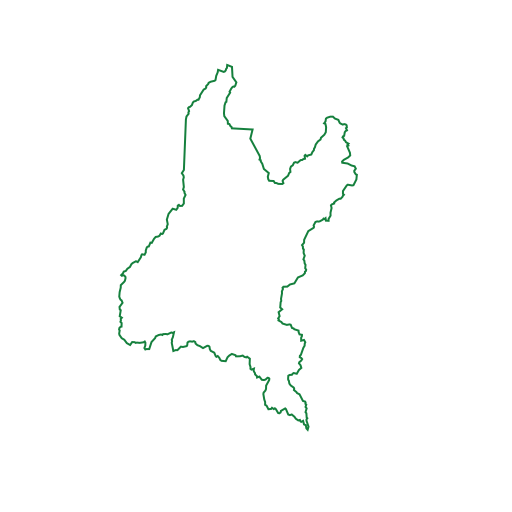 the district of Tauá, Ceará, Brazil, rotated 138°
{"feature_id": "56859067B63965613485254", "entity_name": "Tauá", "entity_type": "district", "adm_level": 2, "iso_a3": "BRA", "parent_name": "Brazil", "parent_adm1": "Ceará", "projection": "orthographic", "projection_center": [-40.274, -5.877], "detail": "fine", "context": "isolated", "style": "outline", "palette": "green", "viewbox_px": 512, "rotation_deg": 138, "n_neighbors": 0, "source": "geoboundaries", "source_scale": "gbopen_adm2", "svg_char_len": 6160}
<svg xmlns="http://www.w3.org/2000/svg" viewBox="0 0 512 512"><g transform="rotate(138 256 256)"><path d="M369.0,332.0L368.9,331.0L367.9,330.8L367.0,329.7L367.0,327.9L367.7,326.9L370.0,325.3L371.4,325.0L376.0,324.8L377.7,323.0L381.5,320.4L384.8,317.3L385.5,315.7L385.9,314.3L385.6,312.9L386.5,310.5L391.5,309.5L393.0,307.4L392.8,306.2L397.6,302.4L397.0,299.9L398.6,299.8L399.5,298.5L400.8,297.8L400.7,296.1L403.2,293.5L404.0,294.0L405.7,293.9L407.0,292.9L407.1,291.9L409.6,289.9L410.3,288.7L410.8,284.8L409.9,281.9L410.3,277.7L409.1,274.1L405.6,274.9L403.8,273.1L403.6,272.0L402.4,271.3L400.6,269.3L397.3,267.1L395.9,266.9L396.2,265.6L398.2,263.5L400.5,262.3L400.8,260.6L399.6,260.1L397.6,258.3L391.2,262.0L385.9,262.5L384.3,263.3L381.2,262.4L379.1,261.2L378.4,259.9L377.3,260.1L375.0,258.2L374.3,257.1L370.1,255.8L369.5,254.7L368.0,254.2L372.1,251.3L374.7,250.1L375.3,248.9L376.7,247.9L381.0,240.7L378.8,239.9L377.4,238.6L372.5,238.9L371.2,237.3L367.8,235.4L366.7,235.8L364.8,237.5L363.6,237.5L362.2,236.8L360.7,235.0L359.2,234.3L358.7,232.7L359.5,231.4L359.2,228.9L358.0,226.6L357.0,223.0L352.3,221.9L351.4,220.9L351.3,219.7L352.6,217.7L353.1,215.8L351.7,212.1L352.9,208.7L352.9,207.6L351.4,207.3L351.4,205.0L352.1,202.5L351.7,201.1L348.9,198.1L344.9,199.8L342.5,199.9L339.5,199.4L337.6,196.0L338.0,194.8L335.0,192.2L332.5,190.9L332.1,188.7L331.0,187.1L330.0,187.1L329.3,183.8L333.1,179.9L334.4,177.1L335.6,175.9L335.4,174.6L332.9,173.7L334.3,172.6L334.8,171.6L335.2,169.5L335.9,168.6L335.7,166.1L336.5,165.0L334.2,164.1L334.5,160.1L333.1,158.5L331.6,157.8L328.9,157.8L328.2,156.9L328.2,155.9L329.2,155.0L335.2,152.9L337.5,150.5L339.1,149.7L341.7,149.4L342.9,148.5L345.9,143.8L346.9,141.4L348.8,139.3L348.3,137.7L349.3,133.8L347.0,132.2L345.7,132.5L345.2,130.3L343.9,130.2L343.7,129.0L344.6,124.5L343.9,123.5L342.4,123.3L341.1,124.2L336.3,123.2L336.2,122.2L338.1,116.6L337.3,115.1L335.5,114.3L335.0,110.8L335.3,108.5L334.6,105.5L333.1,104.8L333.6,103.5L333.4,102.5L331.3,102.0L333.0,98.7L332.2,96.9L333.9,94.2L333.9,92.3L331.2,94.0L328.7,99.8L327.8,100.8L326.4,101.1L326.4,102.1L323.8,105.4L323.7,106.8L320.3,108.9L320.2,110.7L318.1,111.9L318.2,113.1L317.2,113.9L316.9,114.9L318.1,116.9L316.2,124.1L317.2,126.6L317.0,127.9L317.5,131.0L316.5,131.7L316.0,132.9L316.8,136.5L316.6,138.8L315.0,141.4L314.9,142.5L313.9,143.7L312.1,145.4L310.6,145.1L308.8,143.7L307.5,144.0L306.3,143.8L304.5,141.2L300.3,142.6L297.2,142.5L296.0,145.0L295.9,147.5L294.9,148.1L292.4,148.0L290.7,148.5L290.6,149.8L291.2,151.5L290.1,152.5L288.8,152.5L282.2,156.1L279.9,156.8L278.4,158.3L277.1,158.9L276.5,161.5L279.1,162.8L277.2,165.0L275.4,165.8L274.6,166.7L276.1,168.6L275.3,170.8L274.3,172.1L276.6,176.0L276.5,177.0L277.4,178.4L276.2,181.7L276.8,182.7L279.2,184.2L281.5,188.1L281.3,189.9L282.4,193.1L281.3,193.7L281.3,194.8L278.7,195.5L276.8,199.1L272.2,198.9L272.5,201.5L268.6,205.2L267.3,205.7L266.1,207.4L261.7,210.8L260.4,212.4L258.0,213.5L257.6,214.6L256.2,214.8L253.2,212.3L249.8,212.1L245.8,210.0L239.2,212.0L234.2,210.3L231.2,210.5L230.1,211.6L228.9,211.5L227.9,212.2L227.6,214.0L225.1,216.3L224.8,217.9L223.2,220.2L223.0,221.8L219.6,223.6L218.6,226.4L216.1,228.9L216.2,230.0L214.8,231.7L214.5,233.3L211.4,233.7L209.4,235.8L200.5,239.5L194.3,238.4L193.4,238.8L192.7,240.2L189.0,241.5L187.4,240.8L186.5,239.7L185.4,239.1L182.1,238.3L180.8,238.6L180.5,237.7L179.0,237.6L180.4,235.5L178.5,233.6L177.2,235.0L173.6,236.1L171.7,238.3L167.7,241.1L166.4,243.5L165.0,243.6L162.8,242.7L162.2,243.5L159.1,243.5L155.7,242.8L154.8,241.9L152.2,242.1L150.8,242.7L149.7,242.7L149.8,244.0L147.9,246.1L141.4,247.7L140.1,247.6L137.4,244.1L136.2,243.4L130.2,245.7L126.7,248.9L127.2,250.0L126.7,252.7L125.9,253.6L123.4,254.1L122.7,256.7L124.5,259.4L126.0,263.4L129.5,267.6L128.8,268.6L126.4,268.7L121.6,267.6L118.7,267.7L117.1,269.9L114.8,276.7L113.5,276.3L113.3,277.6L112.1,277.6L113.0,280.4L112.6,282.1L112.9,283.6L112.2,284.8L112.4,286.2L111.3,286.7L110.1,286.3L107.2,288.6L105.8,288.9L104.3,288.5L103.6,290.8L102.4,290.8L101.2,292.5L101.3,293.7L102.2,295.0L103.6,295.6L104.6,298.0L104.7,299.0L103.7,302.1L105.4,305.3L105.6,308.1L107.5,309.8L110.6,311.2L112.1,311.3L114.3,309.5L116.6,309.0L116.0,307.8L116.8,306.3L117.8,304.7L121.3,301.3L124.1,300.4L128.6,300.4L130.1,299.4L133.2,299.7L137.0,298.9L139.6,297.3L141.1,296.9L142.2,295.9L144.6,295.5L147.0,294.4L149.9,295.9L151.3,295.8L151.7,298.1L152.8,298.0L154.5,295.5L156.1,296.4L157.3,296.4L158.7,297.4L162.7,297.5L163.9,299.4L165.3,299.9L168.0,298.8L170.2,299.1L172.4,297.9L174.2,295.4L175.8,295.5L178.5,294.2L184.7,294.5L186.0,294.0L186.9,291.8L188.2,291.9L191.2,294.7L191.9,296.4L193.1,297.7L192.7,299.9L195.9,303.1L195.5,304.9L194.2,307.0L191.0,309.1L191.9,315.4L189.6,320.4L189.2,323.0L188.4,324.0L188.9,325.3L187.5,326.0L186.3,327.9L181.7,347.0L173.9,352.3L188.5,367.0L187.8,368.4L188.1,369.5L187.5,371.9L188.4,373.1L186.6,375.3L186.0,381.1L184.3,383.5L178.7,388.9L175.8,390.6L174.9,390.4L172.0,393.0L165.9,394.7L165.7,395.8L162.3,397.0L160.5,397.3L159.4,397.1L158.9,396.3L157.5,396.4L154.4,398.2L153.6,404.8L147.3,412.6L149.6,417.2L151.8,415.2L153.1,415.0L154.3,414.2L155.7,414.0L156.8,414.4L159.6,419.7L161.6,418.1L165.0,416.5L168.3,413.9L169.5,413.9L173.0,415.8L175.3,416.4L176.4,415.8L179.4,415.6L180.3,414.5L181.5,414.2L183.5,414.7L190.1,412.9L191.5,411.6L194.2,410.6L194.8,411.3L197.0,411.5L198.8,412.4L200.2,412.3L202.7,411.0L205.3,411.0L206.3,411.5L207.6,411.3L208.8,408.4L210.1,408.0L210.9,406.8L214.3,406.2L216.7,404.4L252.0,368.2L255.7,367.2L256.1,364.3L257.0,362.8L259.1,361.5L263.5,355.5L265.7,354.2L266.1,351.6L266.9,350.8L267.5,348.5L271.2,347.0L274.5,343.3L277.4,342.7L279.1,344.2L279.1,345.6L280.4,345.8L282.0,344.2L284.3,343.7L286.3,346.9L292.8,345.8L297.9,342.7L300.3,338.7L302.6,337.5L303.2,336.5L304.4,336.1L306.4,336.7L310.1,335.0L311.1,335.2L311.7,336.4L314.2,335.6L315.8,336.0L317.8,337.3L320.3,337.0L324.7,335.5L325.5,336.6L329.3,334.8L330.4,335.5L331.5,335.4L334.3,333.8L335.4,332.5L338.0,331.5L339.5,333.5L340.6,333.3L342.4,332.1L348.0,330.6L348.7,332.4L352.3,333.3L354.1,333.3L357.0,332.2L360.1,332.6L362.8,332.0L364.7,332.9L366.6,332.1L369.0,332.0Z" fill="none" stroke="#15803d" stroke-width="2"/></g></svg>